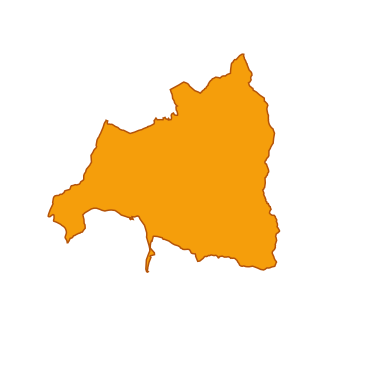 the district of Campulung Moldovenesc, Suceava, Romania, rotated 50°
{"feature_id": "2599482B38136617822429", "entity_name": "Campulung Moldovenesc", "entity_type": "district", "adm_level": 2, "iso_a3": "ROU", "parent_name": "Romania", "parent_adm1": "Suceava", "projection": "robinson", "projection_center": [25.58, 47.494], "detail": "fine", "context": "isolated", "style": "filled", "palette": "amber", "viewbox_px": 384, "rotation_deg": 50, "n_neighbors": 0, "source": "geoboundaries", "source_scale": "gbopen_adm2", "svg_char_len": 6030}
<svg xmlns="http://www.w3.org/2000/svg" viewBox="0 0 384 384"><g transform="rotate(50 192 192)"><path d="M125.4,316.7L128.2,315.1L132.3,313.4L133.8,313.2L136.1,312.5L137.7,312.4L138.7,312.5L140.9,313.3L142.3,314.2L143.3,315.4L144.7,317.8L145.5,318.6L148.8,319.1L150.7,320.2L151.1,319.6L150.7,318.8L150.5,317.8L149.2,315.1L149.9,313.8L150.0,312.7L149.4,310.9L150.0,309.7L150.0,308.9L150.8,305.5L151.5,304.1L151.5,302.8L152.1,302.1L152.1,301.3L151.6,300.0L151.1,297.1L148.4,295.1L146.7,294.8L143.5,292.4L139.3,290.3L139.1,287.3L140.3,279.9L141.4,277.5L143.0,275.6L146.1,273.7L148.3,272.6L150.6,270.9L151.0,270.0L152.5,267.3L153.9,265.4L156.7,262.8L161.2,261.5L164.1,261.0L169.1,257.9L169.6,257.7L172.3,255.6L172.5,256.8L173.1,256.9L173.6,256.8L173.8,255.6L175.1,254.7L172.3,253.8L174.2,252.0L175.2,249.3L176.0,248.9L175.9,248.8L176.2,248.6L177.0,248.5L179.4,249.2L186.9,249.8L188.9,250.6L194.1,252.9L196.2,254.6L197.3,255.8L205.6,259.4L208.2,260.8L210.0,262.2L211.3,264.7L214.6,270.5L221.4,276.9L223.6,277.9L224.1,277.9L224.7,277.7L224.9,276.7L223.5,276.8L222.1,275.0L221.8,274.9L218.3,270.3L215.7,265.5L214.4,265.5L214.1,264.9L215.9,261.0L214.4,259.9L208.1,260.0L205.5,257.7L205.2,257.1L204.7,257.0L203.8,255.1L204.0,254.5L203.4,254.4L203.3,254.0L203.5,253.6L201.1,250.2L201.3,249.7L203.8,247.1L208.0,244.2L209.2,244.5L209.8,244.4L210.2,243.7L214.7,241.2L218.8,240.2L221.1,239.3L224.5,237.1L226.8,236.5L227.5,236.8L228.8,236.1L230.1,235.8L231.4,234.5L233.1,232.1L234.2,231.2L235.1,231.0L238.0,231.7L238.6,231.6L239.7,231.0L241.5,229.3L242.9,229.9L243.5,230.5L248.8,232.2L249.9,230.4L250.0,226.1L249.6,224.1L249.7,223.5L250.9,222.2L251.2,220.5L251.4,219.9L252.1,219.4L252.3,218.2L252.6,217.7L254.9,216.0L255.8,214.4L257.6,213.9L259.2,214.2L259.6,213.9L259.6,213.5L259.1,212.6L260.5,210.1L262.7,209.0L264.2,207.1L264.8,205.9L266.4,205.0L267.6,205.0L267.9,204.3L268.5,204.0L269.3,202.8L270.4,201.9L273.5,201.5L274.8,201.9L276.9,202.0L278.5,202.5L279.9,202.2L281.1,201.4L281.9,199.9L283.9,198.6L286.0,196.3L287.8,193.2L292.4,190.6L295.4,189.2L297.7,187.3L298.2,185.7L298.2,184.4L298.4,183.3L299.3,182.4L300.1,181.1L300.7,179.1L302.1,176.4L300.9,174.1L300.4,173.4L300.2,172.5L299.5,172.1L297.4,172.1L295.6,171.6L294.0,170.9L290.7,170.0L289.7,169.2L289.5,168.9L289.0,167.0L289.1,165.8L288.5,165.0L288.3,164.0L287.7,163.7L286.5,162.4L285.8,162.1L283.5,158.3L281.2,157.0L279.9,156.6L278.3,154.5L278.3,153.0L278.5,152.2L278.3,151.4L278.4,150.7L278.4,150.4L277.8,149.8L274.7,149.2L273.3,149.2L272.6,148.1L271.4,147.1L268.8,146.3L268.5,145.7L267.6,144.9L265.3,144.6L264.6,144.1L262.8,144.0L261.1,145.7L259.3,146.2L257.9,146.2L256.8,144.8L256.3,143.5L256.1,142.6L254.1,141.9L253.5,141.5L252.5,141.9L251.9,141.6L251.3,141.6L250.0,141.0L249.7,141.1L249.6,141.6L248.6,141.8L247.9,141.1L246.3,141.2L245.5,140.8L245.4,140.5L244.9,140.1L243.7,140.0L243.4,139.6L240.3,138.9L239.9,138.7L239.7,138.1L239.1,137.9L238.4,137.3L237.7,137.2L235.9,136.5L235.8,135.9L236.0,135.5L235.4,134.6L235.3,134.2L235.3,133.6L232.1,130.0L228.1,127.0L228.3,126.2L228.1,125.7L227.7,125.3L227.4,123.3L226.3,122.1L226.0,120.6L225.4,119.9L223.8,119.0L219.7,117.6L218.7,117.1L218.2,117.1L217.7,117.5L217.2,117.5L216.3,117.2L215.7,116.7L215.4,116.3L215.3,114.9L214.9,114.5L214.3,112.8L214.1,111.0L213.6,109.8L209.8,106.5L208.9,103.9L208.3,103.0L207.1,99.8L206.8,98.5L203.3,94.9L200.0,91.0L197.0,90.0L195.8,89.4L193.7,89.8L191.9,89.7L190.5,89.5L188.5,88.8L186.1,87.4L186.0,87.1L184.8,86.3L182.3,84.1L180.7,83.7L177.1,81.7L176.0,80.8L174.9,79.2L174.5,78.3L172.9,77.7L169.5,77.9L169.0,78.2L166.5,76.3L161.3,77.8L156.9,78.4L153.3,79.7L152.1,78.9L151.5,78.8L150.7,79.3L149.5,79.3L148.4,79.7L146.5,79.4L145.8,78.9L144.7,78.6L144.9,76.8L144.1,74.6L143.7,74.5L142.3,73.7L141.4,72.5L141.1,71.0L139.6,70.0L138.4,69.6L135.3,69.8L129.5,67.8L129.4,67.5L128.1,67.4L125.6,66.5L123.8,66.3L122.2,65.4L121.0,65.2L120.6,64.6L119.8,63.8L119.0,64.5L118.6,65.1L118.2,67.8L119.0,73.0L118.0,74.2L118.3,76.0L118.8,76.7L118.7,77.9L119.1,79.3L119.5,79.8L123.0,83.6L125.8,86.3L124.6,89.5L124.6,91.8L123.3,93.3L122.7,94.5L122.7,97.4L121.6,98.0L119.3,100.0L118.8,102.6L118.4,103.5L118.5,104.3L118.8,104.9L118.6,106.3L118.9,107.0L119.0,108.0L120.0,110.6L120.5,110.8L120.6,111.1L120.7,113.1L121.4,114.6L121.0,115.7L121.4,116.8L121.2,119.2L121.6,119.9L121.4,120.7L121.7,121.8L121.6,122.2L119.7,122.8L116.2,124.7L109.5,125.8L107.1,125.5L105.4,126.0L102.5,127.6L102.1,129.5L101.6,133.1L99.6,142.8L102.6,144.0L104.2,144.4L105.7,145.2L107.9,146.7L110.8,147.1L112.4,148.0L115.5,148.3L116.6,148.0L116.3,149.1L116.7,149.7L119.1,151.4L120.7,151.6L123.0,152.8L123.9,153.8L123.4,154.5L122.1,155.6L121.3,155.9L120.2,155.5L119.6,155.4L119.2,157.0L119.8,158.6L122.1,160.0L123.1,161.5L121.8,163.6L121.4,163.4L120.9,162.6L120.5,162.6L120.8,164.1L119.0,165.0L117.5,164.7L117.3,165.5L116.8,166.6L117.6,166.9L118.0,167.7L116.2,169.8L114.3,172.2L112.2,172.1L112.6,173.5L112.9,174.2L112.9,175.0L113.1,175.3L114.2,175.8L115.1,176.8L115.3,177.2L115.3,177.7L114.6,181.3L113.5,183.8L113.8,184.0L112.2,188.7L112.0,190.2L110.6,193.1L109.2,197.6L107.4,201.8L100.8,204.7L99.7,205.8L97.5,207.0L95.0,207.3L92.5,208.6L89.1,209.6L88.3,210.2L88.0,210.8L87.1,211.4L86.3,212.4L85.7,212.8L85.4,212.9L84.3,212.2L83.4,210.9L81.9,211.7L82.1,211.9L82.5,213.4L83.1,215.1L85.3,218.5L88.3,224.3L89.0,226.1L90.0,228.0L90.3,229.5L91.2,231.4L94.6,235.4L95.9,235.9L96.4,236.9L96.6,237.6L96.6,239.0L96.9,239.8L96.9,240.4L97.5,241.4L98.2,243.2L99.0,245.8L104.6,249.9L105.0,251.3L105.7,252.8L106.7,258.2L107.6,259.7L108.2,260.4L109.0,263.0L109.9,264.4L112.6,266.7L113.0,267.5L112.7,270.8L113.3,272.0L113.6,273.1L112.5,275.7L111.3,276.8L110.6,278.8L109.7,280.4L110.0,281.4L111.3,283.5L111.3,284.3L109.4,288.5L109.5,289.2L110.2,290.1L110.1,293.2L109.0,294.5L109.0,296.2L107.7,297.9L106.9,299.5L107.0,300.9L107.6,302.1L110.6,305.6L111.7,306.0L114.3,311.7L116.5,315.6L117.5,317.1L118.3,317.8L119.0,317.5L119.6,316.7L119.8,313.2L120.2,312.8L120.7,312.6L121.7,313.1L123.6,314.7L124.6,316.2L125.4,316.7Z" fill="#f59e0b" stroke="#b45309" stroke-width="1.5"/></g></svg>